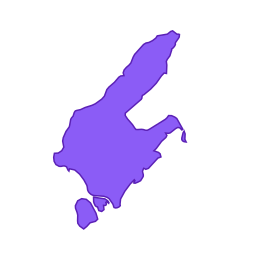 Sanma, Mercator projection, rotated 55°
{"feature_id": "VUT-561", "entity_name": "Sanma", "entity_type": "Province", "adm_level": 1, "iso_a3": "VUT", "parent_name": "Vanuatu", "parent_adm1": "", "projection": "mercator", "projection_center": [166.941, -15.188], "detail": "fine", "context": "isolated", "style": "filled", "palette": "violet", "viewbox_px": 256, "rotation_deg": 55, "n_neighbors": 0, "source": "natural_earth", "source_scale": "10m", "svg_char_len": 2528}
<svg xmlns="http://www.w3.org/2000/svg" viewBox="0 0 256 256"><g transform="rotate(55 128 128)"><path d="M170.0,187.0L163.8,194.6L162.4,195.7L161.0,196.4L159.5,196.8L157.6,197.0L155.6,196.6L152.9,195.2L151.4,194.6L145.1,193.9L138.1,194.1L131.8,195.7L127.8,199.4L129.4,201.1L128.0,201.3L124.5,200.6L122.5,201.9L121.7,203.3L121.1,204.8L119.9,206.4L116.6,208.0L112.9,207.6L109.4,205.7L106.5,202.8L108.5,199.5L108.6,195.3L106.9,191.6L101.2,189.0L98.8,186.6L95.2,180.7L93.4,175.5L92.3,174.2L88.0,169.9L87.3,168.3L86.8,166.2L84.4,163.0L83.8,161.4L84.2,159.9L85.7,156.4L86.6,151.4L88.8,144.4L89.4,140.9L89.3,133.0L88.4,129.1L84.4,123.3L83.5,120.0L82.8,112.9L81.1,106.4L81.2,104.1L82.8,101.3L80.0,100.3L78.2,97.8L77.4,94.5L77.1,91.3L76.4,88.4L72.9,83.1L71.5,80.3L68.5,67.3L68.7,64.5L69.9,61.8L70.5,57.7L70.3,53.6L69.3,51.2L73.7,41.9L73.4,37.7L74.0,35.7L79.2,34.1L80.2,32.7L80.9,32.2L82.8,33.8L83.5,35.2L85.1,39.7L85.6,40.6L86.9,41.4L87.8,43.2L88.3,45.3L88.4,47.1L89.1,47.4L92.9,52.3L94.3,56.5L95.4,58.4L98.7,60.1L105.4,65.2L103.7,66.9L104.5,70.8L107.5,79.1L109.1,87.0L109.8,95.5L109.6,97.5L110.4,98.6L111.5,99.5L112.1,100.7L114.3,121.7L116.2,123.1L120.4,123.2L127.8,122.4L132.0,122.5L133.7,122.4L134.8,121.0L136.9,117.6L138.2,116.2L139.7,115.1L140.9,113.6L141.3,111.2L142.3,92.4L142.0,90.2L141.1,87.6L142.9,85.2L145.9,83.4L148.2,82.6L160.5,83.8L160.5,85.0L157.5,85.5L156.1,86.9L155.8,89.1L156.2,96.2L155.6,97.9L153.7,100.1L156.4,100.4L157.5,102.4L158.2,108.2L161.0,116.6L161.5,119.9L165.5,117.0L167.6,116.5L170.6,117.6L169.8,120.8L172.8,134.4L172.0,137.2L170.6,137.8L170.0,138.3L171.7,140.9L172.5,141.3L175.1,142.3L176.2,143.1L176.8,144.1L178.4,147.9L178.0,151.1L177.3,153.9L176.3,154.8L175.1,152.5L174.0,152.5L175.1,158.2L178.0,166.9L181.9,174.8L185.8,178.2L187.2,178.9L187.5,180.7L187.1,182.6L186.4,184.0L185.2,185.0L184.3,184.9L183.1,184.4L181.3,184.0L175.1,184.0L172.8,184.9L170.0,187.0ZM180.7,223.8L177.4,223.8L175.2,222.6L170.6,219.2L168.2,218.2L163.6,217.0L161.5,215.7L158.8,211.0L159.3,206.5L162.5,203.1L167.8,201.7L179.4,203.1L185.3,205.1L185.8,208.2L183.9,213.4L185.0,218.3L185.3,222.2L180.7,223.8ZM172.8,187.6L175.9,186.4L178.1,186.4L178.6,187.0L176.2,187.6L176.2,188.8L177.9,189.3L178.5,190.2L178.3,191.3L177.3,192.4L181.1,194.5L181.3,197.4L178.9,199.3L175.1,198.2L174.5,198.9L174.0,199.1L172.8,199.4L170.4,199.0L168.6,198.4L164.9,195.9L172.8,187.6ZM167.1,89.7L163.5,85.6L162.7,83.8L165.6,84.6L169.9,87.9L172.8,88.4L171.3,90.0L169.8,90.7L168.4,90.6L167.1,89.7Z" fill="#8b5cf6" stroke="#5b21b6" stroke-width="1.5"/></g></svg>